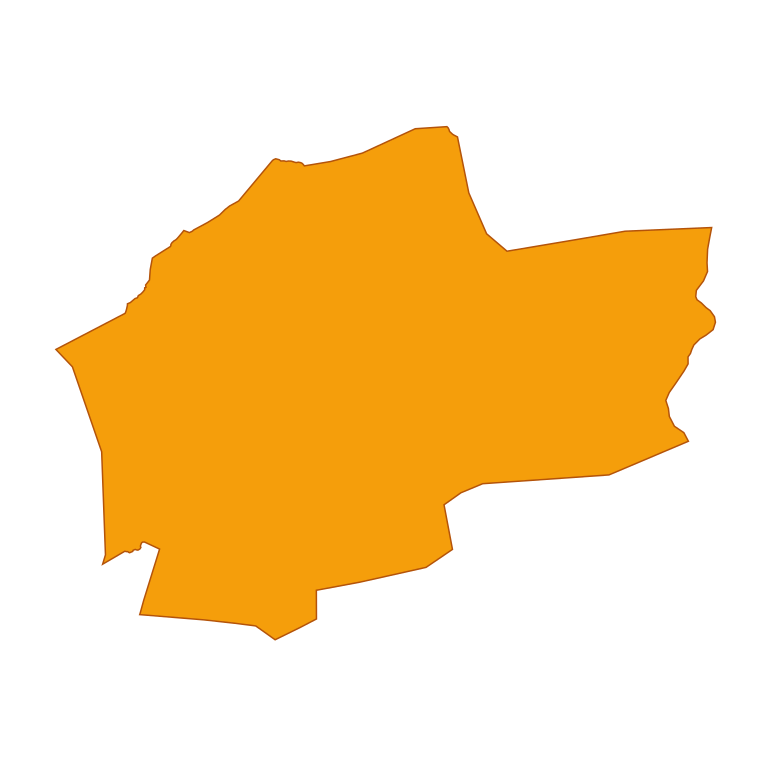 Aleiro, Kebbi, Nigeria (Equal Earth projection), rotated 92°
{"feature_id": "59680162B45442733436767", "entity_name": "Aleiro", "entity_type": "district", "adm_level": 2, "iso_a3": "NGA", "parent_name": "Nigeria", "parent_adm1": "Kebbi", "projection": "equal_earth", "projection_center": [4.44, 12.319], "detail": "fine", "context": "isolated", "style": "filled", "palette": "amber", "viewbox_px": 768, "rotation_deg": 92, "n_neighbors": 0, "source": "geoboundaries", "source_scale": "gbopen_adm2", "svg_char_len": 1964}
<svg xmlns="http://www.w3.org/2000/svg" viewBox="0 0 768 768"><g transform="rotate(92 384 384)"><path d="M134.5,319.2L132.9,322.6L132.0,324.2L130.6,325.8L129.3,327.3L127.5,327.9L125.8,328.8L124.6,330.1L127.8,361.7L154.0,413.7L163.5,445.1L168.4,469.3L168.8,471.2L167.7,472.1L166.4,473.4L165.7,474.9L165.3,477.3L165.8,479.5L165.5,481.0L164.5,484.5L164.5,487.3L165.0,489.6L164.5,491.6L164.7,494.9L163.5,496.5L162.7,500.1L163.7,502.3L164.7,503.4L206.2,535.7L211.4,544.4L215.1,548.8L220.9,554.3L228.9,566.2L236.7,579.6L238.0,580.9L239.5,583.8L239.2,584.6L237.6,589.4L240.3,591.4L245.5,595.5L246.7,596.6L247.3,597.3L248.0,598.4L248.6,599.3L249.1,599.6L249.6,600.3L250.3,600.9L251.1,601.4L251.7,601.7L252.2,601.9L252.8,601.8L254.0,602.2L263.8,616.6L266.3,619.9L277.7,621.6L288.3,622.0L293.4,625.7L295.8,625.3L296.2,626.5L298.2,626.5L300.7,628.4L302.7,630.3L304.2,632.6L306.4,633.4L307.3,635.8L311.5,640.4L312.8,643.2L314.4,643.2L318.2,643.9L320.6,644.5L322.4,645.2L360.9,713.1L377.7,696.0L461.6,663.8L564.6,656.4L564.8,656.5L573.9,658.9L560.2,637.2L560.5,635.7L560.5,634.2L561.2,633.2L561.5,632.3L560.1,629.3L559.0,629.0L558.0,626.9L558.4,625.8L558.6,624.1L557.5,622.3L555.9,621.3L554.5,621.8L552.7,621.3L551.1,620.6L550.4,619.8L550.3,617.8L556.8,602.5L608.6,616.6L621.6,619.7L623.0,620.1L626.0,555.8L628.3,525.1L630.1,505.4L630.3,503.7L641.4,486.9L643.4,483.9L629.9,458.7L622.6,445.8L621.2,443.3L592.5,444.4L582.8,400.9L565.8,335.6L546.9,309.8L502.6,319.8L490.0,303.3L480.2,281.9L467.0,156.0L430.6,77.8L422.2,82.6L416.1,92.3L406.5,97.7L398.6,98.9L390.6,101.8L382.5,98.6L372.8,92.3L360.5,84.6L353.3,80.8L346.3,81.1L342.8,78.8L338.8,77.6L334.2,75.7L327.9,69.9L323.9,63.8L318.2,57.0L310.7,54.9L305.2,56.1L299.3,60.6L296.4,64.8L291.9,69.7L288.9,74.1L285.8,75.5L279.5,75.1L269.8,68.3L260.3,64.6L251.6,65.4L238.0,65.3L226.3,63.6L216.2,62.0L222.9,148.4L233.3,198.5L247.0,265.7L230.3,286.7L190.1,305.9L134.5,319.2Z" fill="#f59e0b" stroke="#b45309" stroke-width="1.5"/></g></svg>